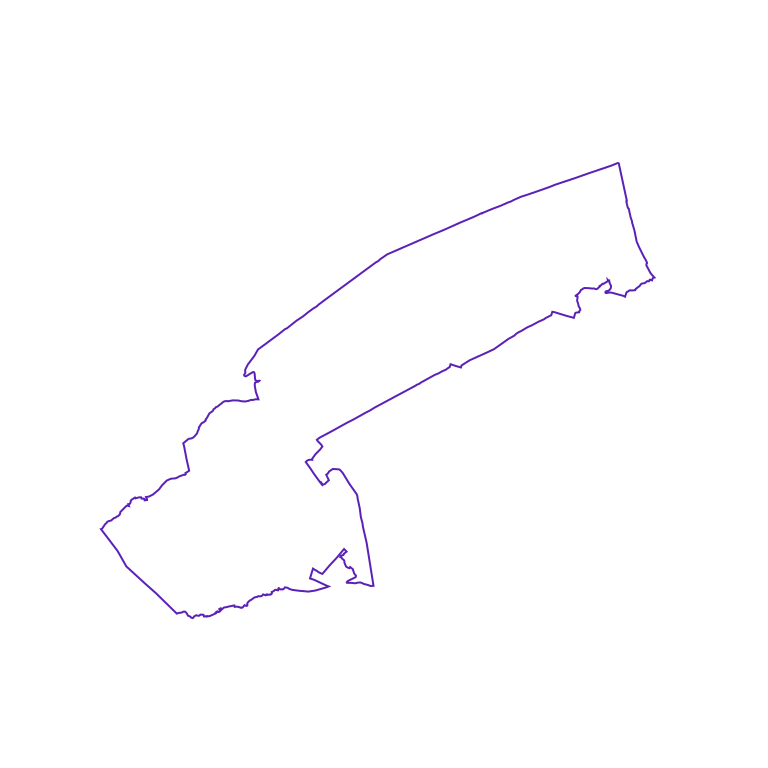 outline of Cristinesti, Botosani, Romania, rotated 288°
{"feature_id": "2599482B10546697969723", "entity_name": "Cristinesti", "entity_type": "district", "adm_level": 2, "iso_a3": "ROU", "parent_name": "Romania", "parent_adm1": "Botosani", "projection": "albers", "projection_center": [26.378, 48.088], "detail": "fine", "context": "isolated", "style": "outline", "palette": "violet", "viewbox_px": 768, "rotation_deg": 288, "n_neighbors": 0, "source": "geoboundaries", "source_scale": "gbopen_adm2", "svg_char_len": 6166}
<svg xmlns="http://www.w3.org/2000/svg" viewBox="0 0 768 768"><g transform="rotate(288 384 384)"><path d="M648.0,514.0L639.4,502.8L626.5,485.3L622.8,480.9L614.2,469.7L606.6,459.5L604.5,456.5L599.1,450.5L596.7,448.2L595.5,446.5L589.2,439.4L583.7,432.5L577.3,425.1L576.6,424.6L576.8,424.2L571.0,418.1L560.8,406.3L549.3,393.6L541.5,384.5L508.4,347.1L501.9,342.1L498.6,340.2L497.7,339.1L495.4,337.4L446.3,302.2L439.5,297.4L436.8,295.9L434.1,293.5L429.0,289.8L423.3,286.1L417.3,281.3L406.7,274.3L405.9,273.1L398.3,268.1L377.9,253.5L370.6,252.0L360.5,248.5L355.5,247.7L353.9,247.7L352.2,248.6L351.1,248.6L349.6,248.1L348.8,248.5L348.6,249.0L348.5,249.8L348.7,250.4L354.0,254.9L355.0,255.9L355.1,256.6L354.7,257.2L353.5,257.9L348.2,260.2L347.5,261.8L347.7,262.7L348.6,264.3L348.6,264.5L347.4,263.8L346.7,262.4L345.3,260.9L342.9,261.4L336.8,264.6L330.6,269.3L329.8,266.6L328.4,264.5L327.7,262.3L326.1,260.3L324.5,257.5L323.5,253.5L323.3,250.6L321.7,245.2L319.4,241.0L319.3,240.0L318.3,237.7L317.0,236.4L315.0,235.3L313.6,234.2L311.0,232.6L310.1,231.3L308.9,230.9L307.3,229.7L305.4,229.5L302.1,227.0L296.7,226.0L295.2,225.3L294.0,225.7L293.3,225.1L291.7,224.2L290.8,223.0L288.9,222.2L286.7,221.8L285.7,221.3L284.1,221.8L281.4,221.4L279.4,221.5L276.2,220.2L274.1,219.1L272.7,217.6L271.6,215.4L271.0,214.8L265.6,211.4L263.4,212.9L251.4,219.5L241.3,225.5L237.9,222.7L237.2,223.3L236.2,222.9L235.9,222.4L235.8,221.6L232.8,217.8L231.2,216.4L229.9,214.9L228.0,210.5L225.0,207.2L219.0,204.2L214.3,202.6L207.6,198.5L204.3,195.2L203.0,192.6L201.3,194.1L200.4,194.5L199.4,192.3L200.7,191.6L200.6,190.4L200.2,189.5L200.1,188.9L201.2,188.1L200.5,186.1L198.5,183.0L199.1,182.4L199.0,182.2L197.0,180.6L195.7,179.6L194.8,179.3L194.4,179.2L193.1,179.6L191.8,179.4L191.3,179.0L190.7,177.9L189.1,179.2L188.9,177.1L188.3,176.6L180.8,172.8L178.7,173.1L177.0,172.4L175.9,171.7L175.4,170.9L173.8,169.8L172.8,168.4L170.0,166.8L169.1,165.6L168.5,164.5L167.4,163.4L166.0,163.0L164.5,162.1L159.6,160.7L158.9,160.3L158.5,159.7L142.9,182.2L130.9,195.3L120.3,218.6L114.5,231.9L101.6,257.9L102.7,259.2L103.8,261.6L104.5,262.7L105.5,263.6L106.0,264.8L105.9,265.5L105.2,266.9L103.1,269.2L103.0,271.1L102.8,271.8L102.2,273.0L102.2,274.2L102.6,274.7L104.3,275.3L105.8,276.6L106.0,276.8L106.2,279.2L106.4,279.5L106.7,280.0L107.9,280.6L108.7,283.4L108.6,283.8L107.3,284.5L107.2,284.7L108.5,287.2L108.1,287.4L109.7,290.3L113.9,294.9L114.5,294.4L116.0,295.5L115.5,295.9L115.6,296.3L116.6,297.9L117.0,298.2L117.5,298.0L119.0,296.9L120.2,298.0L118.8,299.0L121.9,300.8L123.5,303.8L124.6,305.3L125.2,306.7L126.6,308.9L127.1,310.1L126.0,310.5L125.9,310.9L126.5,312.1L126.8,313.1L127.1,315.6L126.9,316.2L126.9,316.7L127.3,317.2L127.1,317.6L127.8,318.6L130.6,319.7L130.4,320.8L130.5,322.0L131.1,322.3L131.6,322.4L133.0,321.7L134.9,322.3L136.6,323.3L137.6,324.3L140.9,326.7L142.1,328.5L142.3,329.1L143.0,329.6L143.5,330.5L143.5,331.1L144.3,332.8L145.2,333.6L146.5,334.0L146.5,336.7L147.1,337.7L147.6,337.4L147.8,337.6L147.7,338.8L148.2,339.8L148.3,340.7L149.0,341.1L149.2,341.7L150.0,342.1L151.5,341.5L152.8,343.0L154.3,343.8L154.7,344.2L155.0,346.0L154.9,346.6L155.1,347.1L156.0,347.1L156.9,346.7L157.2,346.8L157.4,347.0L156.9,347.8L156.6,349.0L157.3,350.4L157.3,351.2L158.4,352.1L160.0,352.6L160.4,355.4L159.8,357.4L159.9,360.6L161.0,366.6L163.2,376.2L166.4,382.6L172.9,392.2L174.4,393.9L174.5,391.5L176.2,378.0L176.2,373.7L186.5,373.5L185.7,376.5L185.6,377.8L184.8,379.8L184.3,383.9L184.4,384.1L195.1,388.5L203.8,392.6L214.7,397.0L213.0,400.2L210.0,398.2L209.1,398.4L208.7,398.1L208.0,396.9L207.3,396.2L205.9,395.9L205.9,396.2L206.3,396.8L205.6,397.3L204.8,398.5L204.0,400.5L203.2,401.1L201.8,401.6L198.7,404.3L198.2,406.1L198.1,407.9L199.5,408.4L198.8,409.9L198.4,411.4L194.5,414.3L193.1,416.5L192.7,416.7L191.7,416.7L191.1,416.3L185.6,410.6L184.0,409.8L183.5,410.2L184.8,414.6L185.5,418.0L187.1,420.7L187.9,422.7L187.9,425.2L187.6,426.2L187.9,431.1L187.7,433.4L188.8,436.4L227.7,416.5L241.5,408.2L245.2,406.4L250.3,403.1L258.2,399.4L267.3,394.1L269.1,393.4L271.0,391.8L278.2,382.1L286.5,372.4L287.9,370.2L288.9,368.2L288.9,367.6L287.4,361.6L284.0,358.9L281.4,358.2L279.9,357.1L275.4,361.3L272.2,359.4L271.2,359.1L270.6,358.6L269.5,357.0L268.8,356.6L269.5,355.5L269.9,355.9L271.2,354.3L271.2,353.9L270.8,353.6L277.1,344.9L281.0,340.0L285.6,333.7L287.4,334.6L288.4,335.7L289.3,337.4L289.7,339.2L290.7,338.8L296.0,340.5L302.0,343.5L305.5,344.7L306.8,343.2L309.3,338.5L310.2,337.4L313.0,339.3L322.1,348.1L335.4,360.5L340.8,365.9L351.8,376.1L354.0,378.4L358.8,382.5L392.7,415.0L393.1,415.1L395.4,417.8L396.4,418.3L408.4,429.5L410.9,432.5L414.3,435.6L416.5,438.2L420.0,440.8L420.2,441.2L423.4,441.2L423.3,446.4L423.5,452.1L425.6,452.0L433.2,458.3L447.2,473.7L451.2,477.9L465.6,488.6L467.2,490.2L470.3,493.0L472.4,494.1L474.5,495.7L476.6,497.9L482.4,503.0L485.4,506.4L491.0,511.7L495.1,516.3L496.5,517.2L501.1,521.8L504.7,521.8L505.0,524.2L505.2,536.7L505.6,544.1L510.5,544.0L511.1,544.4L512.5,547.4L513.1,547.1L515.0,547.8L516.1,547.3L518.5,544.8L520.1,544.0L522.9,541.9L526.7,541.2L527.1,540.9L526.9,539.2L527.2,539.0L529.7,540.8L531.8,541.8L534.4,542.3L535.3,543.3L536.4,544.0L537.2,544.9L538.3,548.6L539.2,552.9L539.8,554.3L539.7,556.3L540.1,557.2L543.5,559.2L543.8,558.8L545.6,560.3L546.8,560.7L547.0,561.7L550.8,565.0L551.2,565.1L552.2,564.6L551.4,566.0L551.8,566.3L549.7,567.4L547.6,569.5L545.9,570.0L544.7,570.0L542.9,569.3L541.6,568.0L540.9,566.7L540.5,566.3L539.6,566.2L539.2,566.5L539.1,567.0L539.3,567.6L540.6,570.0L541.2,571.9L541.8,584.4L541.5,586.3L545.9,586.3L546.6,586.6L547.6,587.7L548.5,588.2L549.2,589.1L549.1,589.3L549.6,591.0L550.9,593.9L552.3,594.0L552.7,594.5L553.8,595.1L556.1,596.8L558.3,597.5L558.8,597.9L559.3,598.4L560.5,600.7L563.2,602.6L563.4,603.8L563.8,604.4L565.3,604.5L565.5,604.8L565.4,606.9L567.6,606.9L568.1,607.2L568.8,608.3L570.8,604.8L571.9,603.1L577.9,596.9L579.2,596.5L580.0,596.8L580.5,596.7L581.6,595.8L583.8,593.6L584.6,592.5L593.1,584.2L597.5,580.3L607.6,574.6L614.3,570.0L615.2,569.7L618.8,567.0L626.5,562.5L626.8,561.6L627.1,561.3L632.4,558.1L632.8,558.0L633.2,558.4L666.4,539.1L666.4,538.0L662.0,532.8L648.0,514.0Z" fill="none" stroke="#5b21b6" stroke-width="2"/></g></svg>